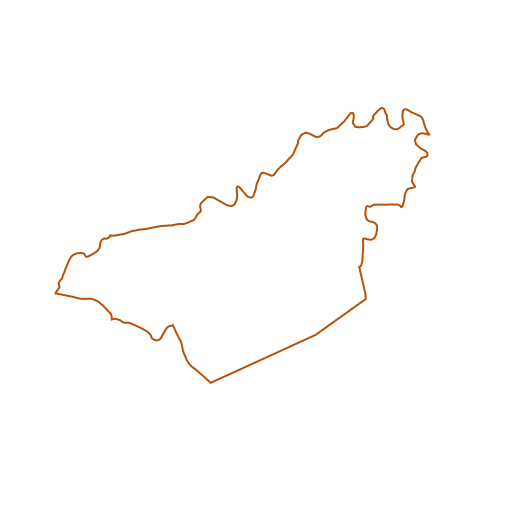 outline of H'Erelle, Laborie, Saint Lucia, rotated 252°
{"feature_id": "8701671B98929881441736", "entity_name": "H'Erelle", "entity_type": "district", "adm_level": 2, "iso_a3": "LCA", "parent_name": "Saint Lucia", "parent_adm1": "Laborie", "projection": "mercator", "projection_center": [-60.985, 13.756], "detail": "fine", "context": "isolated", "style": "outline", "palette": "amber", "viewbox_px": 512, "rotation_deg": 252, "n_neighbors": 0, "source": "geoboundaries", "source_scale": "gbopen_adm2", "svg_char_len": 6115}
<svg xmlns="http://www.w3.org/2000/svg" viewBox="0 0 512 512"><g transform="rotate(252 256 256)"><path d="M213.8,350.8L213.7,351.6L214.4,353.0L215.2,353.8L216.1,354.2L217.7,355.3L218.5,355.7L221.4,356.7L229.1,359.9L231.0,360.5L232.7,361.4L233.6,361.4L237.1,362.3L237.9,362.6L239.2,363.2L239.4,363.6L239.4,364.3L239.1,364.9L238.7,365.2L238.0,366.1L236.3,369.6L236.0,370.4L235.9,371.1L236.1,373.2L236.7,374.5L239.6,377.1L240.3,377.5L241.4,378.0L243.8,379.3L246.0,380.1L246.9,380.3L248.1,380.3L250.0,379.7L251.0,378.9L252.0,377.9L252.6,376.9L253.2,375.9L253.6,375.2L254.1,374.5L254.5,374.0L255.9,373.1L256.8,373.0L257.6,372.6L258.8,372.6L260.0,372.6L262.0,372.9L263.1,373.3L263.9,373.7L264.7,374.0L265.9,374.5L267.8,375.4L268.3,375.8L268.6,376.1L269.0,377.0L268.8,377.9L268.4,378.4L267.7,379.3L267.6,379.8L267.7,380.7L267.9,381.6L268.2,383.4L268.2,384.1L267.9,385.4L266.2,391.0L265.7,392.1L265.2,393.6L263.9,398.2L263.3,400.2L261.3,406.3L260.3,407.7L259.9,408.2L259.2,408.7L258.8,408.9L258.3,409.0L257.6,409.3L257.5,409.5L257.8,410.4L258.8,411.3L262.7,414.0L263.9,414.5L266.9,415.9L267.4,416.1L269.6,417.5L270.4,418.4L271.4,419.2L272.5,420.5L272.8,421.0L272.9,421.9L272.7,423.9L272.6,425.4L272.3,427.2L272.3,427.7L272.5,428.3L273.4,428.7L275.0,428.1L276.3,427.8L278.0,427.3L279.7,427.8L280.3,428.1L284.0,429.6L285.2,430.6L286.1,431.8L286.9,432.6L289.1,434.1L290.0,434.6L290.7,435.2L291.9,436.6L294.9,439.7L296.1,441.3L297.1,442.4L297.8,443.3L298.2,444.0L298.3,445.0L298.2,445.6L298.0,446.3L297.8,447.6L297.9,448.5L298.2,449.4L298.6,450.1L299.6,450.5L301.2,450.6L302.6,450.1L303.6,449.4L304.5,448.7L306.2,447.0L306.9,446.4L308.1,445.5L309.4,444.7L312.2,443.0L313.4,442.7L315.0,442.8L316.0,442.8L316.6,442.9L317.4,443.3L318.1,443.9L319.8,445.8L320.4,446.3L320.9,447.2L321.4,448.3L321.5,450.1L321.5,451.0L321.4,451.9L321.0,452.8L320.7,453.5L319.4,455.8L318.0,457.8L318.0,458.2L318.4,458.0L319.1,457.8L321.5,457.3L323.7,457.1L325.1,456.7L326.4,456.7L328.8,456.8L330.8,456.8L332.6,456.9L334.2,456.8L335.1,456.8L335.3,456.7L336.1,456.6L337.7,455.9L338.8,454.8L339.7,453.8L342.6,450.7L345.1,447.8L348.6,445.1L349.1,444.0L349.6,442.7L348.9,440.9L348.5,440.6L348.4,440.3L344.3,438.7L342.2,438.0L341.6,437.7L340.8,437.8L335.7,437.4L335.3,437.0L334.9,435.5L334.4,434.1L333.9,433.2L333.6,432.6L333.0,429.5L333.3,428.2L334.0,426.5L334.6,425.8L337.2,423.7L338.1,423.3L340.7,422.6L343.7,422.8L347.5,423.5L348.1,423.8L349.2,423.9L350.1,423.9L350.8,423.6L351.2,423.5L351.9,423.3L356.1,423.3L357.0,422.5L357.3,422.3L358.0,421.6L357.9,420.5L357.0,417.9L355.9,415.8L353.6,411.7L353.0,410.9L352.7,410.4L351.6,410.2L350.9,410.2L350.5,410.2L348.7,407.4L347.2,404.7L345.7,402.4L345.4,401.7L345.4,399.6L345.4,398.3L346.6,393.6L347.8,391.1L348.6,390.1L350.1,390.0L351.1,389.6L352.3,389.3L353.1,389.3L353.7,389.6L356.6,391.4L357.1,391.5L357.8,391.9L360.2,392.6L360.9,392.4L361.6,392.4L362.0,392.3L362.1,391.9L362.4,391.6L362.5,390.5L362.6,390.0L362.4,389.6L361.1,387.9L359.1,385.0L358.1,383.4L357.0,381.9L353.5,374.6L353.4,374.1L352.9,373.3L352.6,372.7L352.7,371.2L353.0,368.2L353.2,367.1L353.2,365.6L353.3,364.0L353.1,362.3L352.7,360.6L352.5,358.9L350.3,354.7L350.2,354.5L350.0,353.7L350.5,350.1L355.1,345.3L356.4,344.1L356.6,343.5L358.1,341.3L357.8,340.0L357.6,337.9L357.0,336.7L356.8,336.3L356.6,335.7L352.7,331.7L352.1,331.4L351.8,331.4L350.6,331.0L349.8,330.3L341.5,322.9L340.8,322.1L335.0,311.6L334.8,311.2L332.9,306.2L330.6,302.1L328.4,299.3L327.5,297.9L327.5,295.8L328.1,294.8L329.2,293.7L330.2,292.2L332.0,290.1L332.2,289.4L332.8,288.9L332.9,287.8L333.3,287.0L332.5,286.2L332.3,285.8L331.4,284.8L330.2,284.0L324.9,279.5L324.6,279.1L322.0,277.6L320.7,277.0L319.6,276.4L314.3,272.4L313.6,271.6L313.0,269.4L313.2,268.9L314.8,266.7L315.4,266.2L315.8,266.0L325.9,261.8L326.2,261.6L326.5,261.4L327.2,261.0L327.8,259.9L327.5,259.2L326.3,258.5L324.6,258.0L319.9,257.0L316.4,255.5L315.5,255.0L312.1,252.0L311.5,251.3L311.1,249.4L311.1,248.1L311.8,246.7L312.5,245.5L313.7,243.7L325.0,233.4L325.7,231.7L326.2,230.7L326.4,230.1L327.2,228.2L326.3,226.6L325.4,224.4L324.9,223.5L323.9,221.4L323.5,220.6L322.7,219.5L322.5,219.4L321.3,218.6L319.8,218.0L317.9,217.9L316.6,217.7L315.4,216.9L315.1,216.6L314.3,214.5L313.8,213.4L313.5,213.0L310.1,209.2L309.7,208.5L309.2,206.4L309.3,205.8L308.8,202.0L308.7,197.1L310.3,192.7L311.2,184.8L311.7,183.6L312.0,182.7L312.2,181.2L312.9,178.8L313.0,178.3L313.7,175.3L313.7,174.9L313.9,174.5L314.0,174.2L314.0,173.9L314.1,173.7L314.6,168.9L315.1,164.7L315.5,162.9L315.5,161.3L315.7,159.5L316.9,154.1L317.0,153.8L317.1,153.5L317.3,150.9L317.9,146.7L318.0,144.6L317.7,137.6L318.3,133.8L318.5,133.1L318.6,131.7L319.1,127.9L319.5,126.3L320.6,123.8L319.7,123.6L318.7,120.5L318.7,118.9L319.5,117.4L319.4,115.8L318.8,114.2L316.9,112.1L314.7,111.2L312.3,109.9L310.1,107.2L309.2,105.0L308.4,101.7L307.4,96.2L307.6,94.4L308.9,93.7L310.9,93.4L311.7,92.9L312.9,90.5L313.9,86.7L313.6,83.1L312.9,80.9L312.1,79.6L309.2,76.5L305.4,73.3L302.6,70.8L299.4,68.5L298.1,67.0L294.4,64.4L293.8,63.1L292.4,61.2L291.3,59.9L287.1,59.5L286.8,59.2L284.7,56.4L282.8,54.0L282.4,53.8L273.3,70.1L272.4,71.3L270.5,74.3L269.2,76.8L267.9,80.7L266.8,84.5L266.2,86.3L264.7,88.2L263.2,89.8L261.3,91.9L256.0,95.3L251.3,97.4L245.8,100.1L244.3,100.1L242.9,99.9L242.2,99.9L240.2,99.2L240.2,100.0L240.1,101.4L239.7,102.7L238.8,104.3L237.6,106.1L236.9,107.0L234.8,108.3L233.7,109.5L232.9,111.2L232.1,113.7L231.7,114.7L229.4,117.4L226.2,121.0L221.1,126.3L219.2,127.9L217.6,129.3L216.4,130.0L214.7,130.9L213.0,131.6L212.0,131.4L210.5,131.5L209.7,131.7L207.9,133.1L206.8,134.6L206.4,135.4L206.3,136.7L206.3,138.1L206.8,139.4L207.8,140.7L210.0,142.9L212.8,146.0L215.6,149.6L215.9,151.1L216.0,153.4L215.7,154.3L216.0,155.7L214.9,155.8L211.1,156.1L208.6,156.4L207.3,156.5L203.7,157.1L202.1,157.3L199.0,158.0L197.7,158.1L196.1,158.2L195.0,158.0L193.5,157.9L192.0,157.8L191.0,157.6L188.6,157.3L185.3,157.3L183.0,157.7L181.1,157.8L178.6,158.0L176.2,158.5L173.1,159.5L171.9,160.1L171.0,160.5L167.6,162.9L165.2,164.5L153.8,171.2L151.6,172.4L149.9,173.5L149.4,173.7L162.5,288.0L181.2,347.2L186.4,348.4L213.8,350.8Z" fill="none" stroke="#b45309" stroke-width="2"/></g></svg>